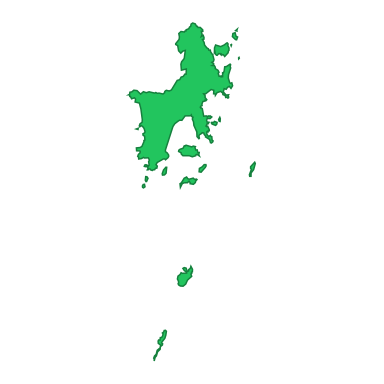 Mueang Phuket, Phuket, Thailand
{"feature_id": "78962969B33531913696438", "entity_name": "Mueang Phuket", "entity_type": "district", "adm_level": 2, "iso_a3": "THA", "parent_name": "Thailand", "parent_adm1": "Phuket", "projection": "robinson", "projection_center": [98.375, 7.727], "detail": "fine", "context": "isolated", "style": "filled", "palette": "green", "viewbox_px": 384, "rotation_deg": 0, "n_neighbors": 0, "source": "geoboundaries", "source_scale": "gbopen_adm2", "svg_char_len": 5951}
<svg xmlns="http://www.w3.org/2000/svg" viewBox="0 0 384 384"><path d="M131.8,91.9L129.9,92.2L129.6,94.3L128.7,94.8L129.5,94.8L129.8,96.5L130.5,96.7L131.6,98.8L134.5,97.8L135.6,99.2L135.1,102.0L139.4,103.1L140.9,108.9L142.3,119.6L142.1,122.3L140.0,123.8L139.3,125.9L139.8,126.8L141.3,125.6L142.7,126.6L144.1,128.5L145.0,131.6L144.7,132.8L142.9,133.8L143.1,135.3L144.6,136.2L144.9,140.0L143.9,140.5L144.0,141.5L141.9,146.4L140.1,147.5L136.4,147.9L136.6,150.8L139.8,150.9L140.2,151.6L140.0,152.9L138.4,154.4L137.7,156.4L138.6,157.2L138.7,159.0L141.4,158.6L143.5,157.4L144.5,158.0L148.3,157.8L149.4,160.1L148.6,161.7L149.2,165.0L147.7,167.1L148.0,168.9L147.3,169.8L148.0,169.9L148.9,168.9L150.1,169.0L150.4,169.8L152.3,170.5L153.2,169.8L154.7,169.7L155.5,168.2L156.8,168.2L157.3,166.1L156.0,164.7L157.2,162.5L163.3,159.0L164.7,158.9L165.5,159.8L168.0,157.7L168.7,156.4L168.6,155.0L167.2,152.9L165.5,151.7L165.4,150.0L172.9,126.6L174.8,123.7L177.9,121.3L179.6,120.2L181.9,120.3L185.1,115.9L190.6,115.8L191.3,114.9L191.8,116.6L193.0,117.2L192.3,119.0L193.5,121.8L193.9,125.4L196.8,131.9L197.0,136.6L198.9,138.7L199.4,138.2L198.9,135.9L199.5,134.7L201.9,133.3L202.1,132.7L203.1,132.8L203.8,133.0L204.2,134.5L205.7,136.1L205.5,136.9L209.6,139.5L210.5,142.7L211.5,143.0L212.9,141.7L213.0,140.7L212.1,140.2L211.8,136.7L210.9,136.5L210.4,135.3L208.7,136.6L206.8,134.2L206.8,131.9L207.4,131.3L208.0,131.9L208.2,131.1L209.3,130.8L209.2,129.5L207.7,126.2L206.5,126.6L206.0,126.1L207.2,123.7L208.0,123.9L209.0,122.3L207.0,122.0L206.6,120.3L207.2,118.5L210.1,118.6L211.8,117.0L210.0,115.8L209.1,116.4L208.2,115.9L207.3,116.9L206.3,115.9L203.7,116.2L202.3,108.7L201.4,107.9L200.7,108.0L200.3,107.2L200.8,106.2L202.1,105.6L201.9,104.0L202.9,101.5L204.6,101.1L205.0,100.2L205.8,100.8L206.8,99.7L205.0,97.4L205.2,95.9L203.7,93.8L205.5,93.9L211.1,89.5L213.8,90.3L213.6,93.8L215.3,93.9L215.4,95.3L217.1,92.6L220.7,91.4L222.8,93.2L222.9,94.6L225.2,95.5L225.7,97.5L226.9,97.3L227.9,98.1L228.5,97.8L228.7,97.0L228.1,95.9L228.6,94.8L226.2,95.1L223.3,91.9L224.2,88.6L226.2,89.3L227.5,87.4L229.3,86.3L231.0,88.4L232.6,85.8L231.8,82.8L230.5,83.3L229.7,82.7L228.3,78.0L228.5,74.8L230.7,67.9L230.2,66.7L230.6,64.6L230.1,64.1L226.5,66.5L224.7,66.8L224.1,71.4L223.1,73.1L222.6,72.9L222.6,76.7L221.1,76.9L221.1,76.0L219.1,76.3L218.2,73.2L219.0,72.3L218.0,70.3L215.2,68.5L215.3,67.2L214.4,65.7L212.3,65.5L213.7,64.8L213.7,63.7L211.8,62.3L213.4,61.5L214.0,59.7L212.8,55.0L210.6,51.8L210.3,50.1L208.9,50.2L208.4,48.8L207.0,48.0L204.6,45.1L204.1,42.4L202.5,39.5L203.9,39.2L204.0,37.5L203.2,35.3L201.3,36.5L202.1,34.4L201.3,31.3L202.8,31.3L202.7,29.8L200.2,27.4L198.0,27.5L197.4,26.3L196.6,26.4L195.3,23.9L192.7,23.0L191.1,24.1L190.7,26.3L189.5,27.1L188.8,28.7L186.1,29.8L186.0,30.9L185.0,31.0L184.4,32.0L181.0,31.5L178.8,33.5L179.4,36.9L179.1,39.4L175.7,43.7L175.7,44.5L177.7,45.6L178.6,50.8L180.8,53.2L182.9,51.1L185.3,50.4L184.2,58.5L181.6,61.8L180.9,64.2L181.4,70.2L186.3,69.0L186.1,74.1L184.9,74.1L183.3,76.4L181.1,77.1L179.7,79.7L177.2,80.4L171.4,90.0L169.2,91.0L166.3,90.3L164.8,91.4L164.6,92.7L163.0,94.0L159.1,93.1L157.1,93.3L155.8,92.5L154.7,93.1L149.1,91.8L146.3,92.7L143.4,91.7L140.6,94.1L137.0,90.6L133.8,90.2L131.8,91.9ZM192.4,271.8L192.5,269.3L190.9,266.3L190.3,268.4L188.8,269.5L188.6,271.0L187.4,271.5L186.1,268.1L184.2,267.6L182.9,268.4L184.4,270.7L186.4,271.9L186.6,273.1L182.2,273.3L181.1,272.7L180.1,274.5L178.0,276.1L177.4,279.0L178.4,281.0L178.6,282.9L178.1,283.7L178.6,284.9L180.3,286.0L183.1,286.2L185.7,284.1L187.5,280.1L191.7,276.3L190.9,274.1L191.8,273.2L191.5,272.2L192.4,271.8ZM191.8,146.9L186.0,145.2L185.0,146.0L184.3,145.8L183.0,148.3L180.1,149.2L178.8,150.2L178.6,151.5L181.0,152.7L181.4,154.2L182.9,155.7L189.3,155.7L192.3,156.8L195.8,155.7L196.1,154.6L197.0,154.4L199.3,155.9L198.8,154.8L199.2,152.5L197.9,152.6L197.2,149.9L195.9,150.1L194.9,147.5L195.4,146.6L193.2,146.1L191.8,146.9ZM228.1,44.0L227.3,42.9L226.7,43.0L224.3,44.9L220.7,46.6L215.6,45.0L214.5,47.9L214.4,52.3L214.9,51.5L215.4,54.2L216.5,55.2L217.2,55.3L218.7,53.6L219.8,53.7L221.1,54.9L221.2,53.9L222.4,54.9L223.4,54.7L224.7,56.5L228.1,52.8L228.3,51.2L229.0,50.4L229.0,48.0L227.8,45.5L228.1,44.0ZM189.2,179.2L187.8,178.7L186.6,177.0L184.2,178.2L181.3,182.9L180.0,183.7L180.4,187.4L182.3,183.6L184.2,182.8L187.5,182.7L189.0,181.2L190.2,182.7L190.1,183.7L193.4,184.3L195.3,182.6L195.8,180.8L197.0,179.6L196.5,179.1L194.6,179.4L193.2,178.1L189.2,179.2ZM165.5,330.3L164.2,330.5L163.7,332.0L162.4,333.0L163.1,333.7L162.6,335.9L161.6,337.5L160.3,337.6L160.0,340.1L158.6,340.0L158.1,341.1L158.3,343.4L160.6,345.0L160.3,346.7L162.4,345.0L162.6,343.7L161.9,343.3L161.7,342.3L164.8,338.4L165.8,335.3L166.4,331.3L165.5,330.3ZM253.6,169.7L255.3,163.5L254.7,162.2L250.6,166.7L250.6,168.4L251.4,169.3L249.4,174.7L249.7,176.3L251.0,176.3L251.1,173.0L253.6,169.7ZM201.1,172.2L205.3,167.4L206.1,165.9L205.9,164.6L204.2,164.6L202.1,166.9L199.4,168.4L199.1,171.8L201.1,172.2ZM235.1,32.7L232.9,33.5L232.4,36.6L235.5,39.6L236.6,39.8L237.6,37.0L236.0,36.2L235.1,32.7ZM162.5,175.1L164.5,174.9L166.1,173.2L166.7,167.3L165.9,167.2L163.5,170.0L162.2,173.8L162.5,175.1ZM154.2,361.0L155.1,357.4L156.4,355.9L157.6,351.8L160.1,349.4L160.3,347.7L157.2,350.3L156.2,354.3L154.5,356.0L153.7,358.2L154.2,358.9L154.2,361.0ZM217.1,122.4L214.4,121.4L213.5,122.6L211.8,122.3L211.3,122.8L212.1,124.1L215.6,125.4L216.7,124.3L217.1,122.4ZM146.6,181.5L148.0,178.3L146.9,176.7L145.7,176.6L145.3,180.3L146.0,181.6L146.6,181.5ZM143.5,187.9L145.0,186.8L144.5,184.3L143.2,184.5L142.4,186.0L142.6,187.4L143.5,187.9ZM220.1,121.5L220.3,118.6L219.8,117.3L218.6,119.5L219.2,121.3L220.1,121.5ZM146.2,166.8L147.5,165.3L145.9,164.7L144.7,165.1L144.3,166.4L146.2,166.8ZM136.3,129.0L138.0,129.5L138.2,128.3L136.3,129.0ZM236.9,31.0L236.8,30.4L237.2,29.2L235.6,30.6L236.9,31.0ZM238.7,58.9L239.3,58.3L239.0,57.4L238.6,57.8L238.7,58.9ZM231.2,45.9L231.6,44.8L231.5,44.5L230.8,44.9L231.2,45.9Z" fill="#22c55e" stroke="#15803d" stroke-width="1.5"/></svg>